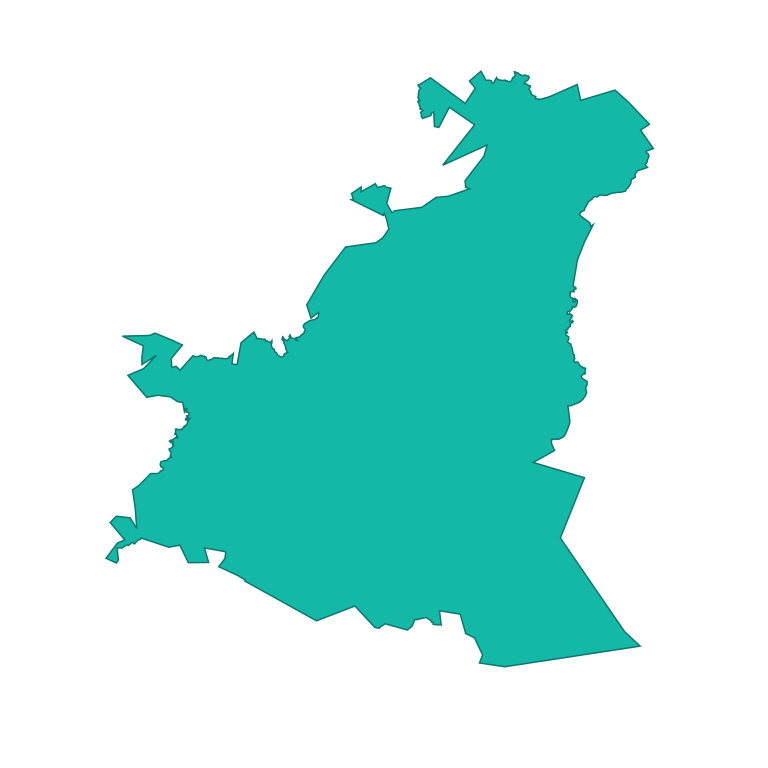 Guanaceví, Durango, Mexico (orthographic projection), rotated 262°
{"feature_id": "50627088B82205193577486", "entity_name": "Guanaceví", "entity_type": "district", "adm_level": 2, "iso_a3": "MEX", "parent_name": "Mexico", "parent_adm1": "Durango", "projection": "orthographic", "projection_center": [-105.88, 26.044], "detail": "fine", "context": "isolated", "style": "filled", "palette": "teal", "viewbox_px": 768, "rotation_deg": 262, "n_neighbors": 0, "source": "geoboundaries", "source_scale": "gbopen_adm2", "svg_char_len": 6161}
<svg xmlns="http://www.w3.org/2000/svg" viewBox="0 0 768 768"><g transform="rotate(262 384 384)"><path d="M105.3,587.8L207.0,537.2L263.3,569.5L285.5,520.9L294.4,543.6L301.7,541.6L306.0,542.2L305.0,549.6L306.5,553.8L307.5,555.3L310.0,557.3L317.6,561.6L320.9,562.9L336.7,563.1L336.5,565.6L338.7,575.1L340.9,578.5L344.3,581.8L346.9,583.4L352.0,583.2L355.0,585.0L358.2,585.5L361.9,581.2L363.8,580.3L365.0,581.2L366.4,583.5L366.0,584.1L366.4,584.9L368.0,584.6L371.3,585.8L372.4,584.3L372.1,583.3L373.3,582.7L374.8,580.5L378.6,579.1L379.1,577.8L378.7,576.7L379.6,575.8L381.5,575.4L382.7,576.6L383.9,576.1L386.1,576.4L387.8,575.6L393.7,575.2L397.8,574.3L399.4,572.2L400.7,571.7L402.3,573.0L404.9,573.5L407.1,571.0L408.9,571.2L409.2,572.9L410.2,572.5L410.1,571.5L411.4,571.2L412.3,571.6L412.1,572.7L412.8,573.8L414.3,574.4L414.9,576.4L417.7,577.0L418.7,579.2L419.7,580.0L420.8,579.3L420.0,578.8L420.4,576.6L421.8,577.0L423.9,579.4L425.2,579.4L425.8,580.1L426.6,578.7L428.3,577.6L427.4,576.4L427.5,575.4L428.4,575.1L429.8,575.7L430.4,576.4L429.9,578.2L432.0,580.5L434.1,581.3L433.4,582.8L434.1,584.9L437.3,586.6L439.8,587.1L442.4,584.8L442.0,584.3L439.8,585.1L438.7,584.0L439.4,582.7L442.1,583.3L444.2,580.7L445.3,580.4L448.2,581.3L448.5,580.7L449.2,581.3L449.5,582.5L448.9,585.1L451.0,585.0L451.3,587.1L451.8,587.5L453.0,587.2L453.7,585.8L454.9,584.9L479.7,592.7L496.4,602.1L512.7,613.3L511.4,610.7L514.8,610.3L524.5,600.9L527.1,603.4L528.1,606.5L529.8,607.2L536.0,611.9L538.2,615.9L539.7,617.1L540.2,619.5L539.6,621.2L541.3,624.3L540.3,627.0L539.8,630.6L541.1,635.6L541.3,641.4L540.9,644.7L541.4,649.9L543.7,651.5L544.1,652.7L548.1,656.2L551.9,657.3L553.8,661.6L556.4,661.7L559.2,663.9L559.9,665.0L561.8,675.1L564.7,673.2L567.6,675.7L568.5,675.6L572.8,678.2L575.1,677.7L576.7,676.0L578.0,675.9L579.7,683.5L599.7,673.4L604.3,683.0L628.4,665.8L642.9,653.7L637.5,618.3L653.7,617.0L645.5,588.1L644.0,577.6L644.5,577.7L645.4,573.6L647.5,574.3L649.9,570.4L653.5,569.9L655.9,568.5L658.1,570.4L658.9,570.4L659.3,568.8L661.1,567.1L661.9,564.8L663.6,566.1L664.9,568.6L667.1,570.4L668.8,570.0L669.3,568.1L670.4,566.7L670.0,564.2L671.5,561.7L673.2,560.2L675.1,556.6L673.6,556.5L672.1,557.2L671.2,556.8L669.2,554.0L666.6,552.5L666.0,551.3L666.1,549.3L667.4,547.8L667.0,546.6L668.1,546.2L668.0,543.1L668.9,541.5L668.9,540.2L670.5,538.7L670.7,537.9L671.5,537.9L666.8,534.3L666.7,533.0L669.4,532.4L670.2,530.4L670.5,527.3L680.2,523.6L672.1,510.7L664.2,515.5L650.5,503.5L680.8,472.6L675.5,460.7L675.6,459.6L674.2,459.4L671.7,461.3L669.7,459.4L666.2,458.3L665.1,458.5L663.3,457.5L661.3,457.9L660.0,459.2L659.6,458.7L659.6,457.4L658.9,456.7L656.5,457.8L654.5,457.7L653.8,458.4L651.0,458.0L651.2,458.9L649.3,460.6L647.9,458.0L645.4,458.7L643.8,458.1L641.6,459.3L643.3,467.8L645.5,468.6L646.4,471.1L632.0,469.8L630.4,474.0L648.9,487.2L628.1,509.8L592.5,472.6L606.3,519.4L595.6,514.6L573.9,492.5L567.5,492.3L565.4,495.9L561.0,473.9L561.5,461.5L553.7,446.2L554.1,418.5L552.9,417.2L552.9,415.5L562.5,411.8L576.9,418.1L578.6,413.3L580.3,412.2L579.6,404.9L583.6,403.3L577.5,388.0L582.3,388.9L577.1,378.3L571.3,379.4L571.1,377.2L551.0,406.7L553.1,408.0L547.6,409.3L536.8,410.4L528.8,403.0L525.0,395.5L525.1,365.1L500.0,339.8L473.2,318.5L459.4,320.8L463.9,328.9L462.6,329.2L459.0,327.8L458.8,326.4L457.5,324.7L457.2,319.6L454.8,313.8L453.0,312.1L451.0,312.3L449.2,313.6L448.2,313.5L447.0,312.2L445.5,312.0L443.7,308.3L442.6,307.8L442.0,303.2L441.2,303.0L439.2,304.1L439.7,302.9L441.4,301.9L442.4,298.7L445.7,297.8L444.4,296.7L443.1,297.2L440.4,294.5L442.4,290.9L444.0,291.0L444.8,290.3L442.4,289.2L440.8,290.0L440.4,290.8L438.4,290.5L435.5,291.6L431.0,291.9L428.7,293.0L427.8,289.5L425.9,288.7L425.0,287.5L425.1,285.6L427.6,282.5L429.5,282.2L431.5,280.2L434.0,280.0L434.5,278.8L436.5,278.0L439.3,278.0L440.5,278.8L442.6,279.0L441.4,277.9L441.1,276.8L443.0,274.1L442.9,272.8L443.5,272.3L445.0,272.4L445.0,270.9L446.6,266.1L446.0,264.9L453.6,262.4L444.8,248.2L423.6,241.2L425.0,236.2L435.2,239.1L434.1,237.8L433.6,236.0L432.8,235.5L432.5,234.3L431.4,233.9L431.1,233.2L431.2,229.0L431.8,228.2L432.5,224.1L433.2,223.2L433.0,222.0L433.8,219.2L432.5,217.1L431.8,213.0L432.1,212.1L435.6,211.3L435.7,210.1L436.5,210.0L436.5,209.0L437.6,207.5L437.9,206.1L437.0,204.5L437.4,200.9L437.9,199.5L438.7,198.9L426.1,184.0L430.5,180.5L429.9,176.2L438.7,176.8L450.6,189.8L456.9,180.3L466.2,164.4L464.7,158.6L467.8,131.6L455.3,151.0L443.6,147.8L436.9,147.1L444.1,162.6L432.7,148.2L428.2,131.6L403.8,147.2L404.3,158.6L400.9,170.8L395.4,176.9L393.7,182.1L382.8,182.6L387.3,183.7L387.3,184.7L386.6,185.6L386.1,184.8L383.8,184.7L382.6,186.8L380.7,186.6L379.6,185.3L380.0,184.3L379.0,184.2L377.7,185.8L376.7,185.6L376.8,186.7L376.2,185.9L376.2,184.8L377.5,184.3L377.4,182.8L376.3,182.5L374.7,185.2L373.5,184.0L371.3,183.3L370.1,180.6L369.8,181.0L368.8,179.2L366.8,177.6L367.5,177.2L367.1,174.8L368.5,171.9L368.2,171.1L366.6,171.4L363.3,169.9L363.1,171.5L361.0,171.4L360.1,172.5L359.4,172.3L360.0,170.4L358.5,167.3L357.8,167.1L358.0,165.1L357.3,163.6L356.0,164.7L356.4,165.5L356.1,166.7L355.4,165.6L355.0,167.0L353.4,166.0L352.0,167.3L350.2,164.4L349.4,162.0L347.3,162.6L346.3,163.8L342.0,162.2L341.6,163.3L341.0,163.2L340.2,160.0L339.2,159.3L338.3,157.9L338.7,156.1L338.0,152.2L335.8,151.2L333.4,151.4L331.3,153.8L330.3,153.7L329.3,152.4L329.0,150.7L327.1,148.5L326.9,146.9L327.7,141.2L327.4,139.9L317.6,127.2L314.3,120.3L295.4,120.3L275.2,119.0L286.8,114.0L290.3,100.5L284.9,93.6L265.7,105.6L263.6,97.9L250.1,84.5L244.0,94.0L245.7,95.8L247.6,96.5L258.8,96.8L258.0,102.0L259.4,104.2L260.2,106.8L259.8,108.7L260.1,109.4L262.3,112.4L260.4,114.6L263.7,118.7L264.0,121.2L265.3,121.9L252.3,148.3L252.8,159.4L234.3,165.4L231.7,185.5L246.6,183.4L240.1,203.4L238.7,203.7L233.2,202.1L226.1,194.9L214.6,212.7L209.1,219.4L208.1,218.9L158.9,284.2L168.2,324.3L144.2,341.1L142.8,345.3L144.3,347.0L145.9,351.0L146.5,351.5L137.1,373.0L140.5,378.3L146.6,381.8L146.1,382.7L146.9,393.3L142.6,398.0L141.5,398.0L140.9,399.4L139.1,399.2L137.8,404.8L137.9,406.4L137.4,407.1L151.7,407.4L145.4,427.5L125.5,430.2L120.0,438.3L102.0,443.9L94.4,439.7L87.2,464.3L88.8,601.1L105.3,587.8Z" fill="#14b8a6" stroke="#0f766e" stroke-width="1.5"/></g></svg>